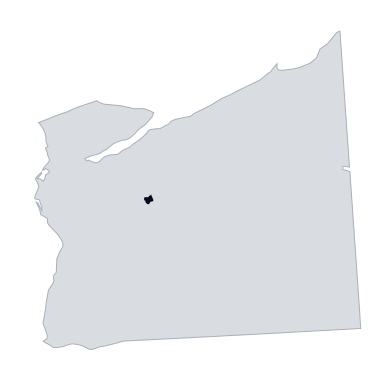 Markz Al Minya, Al Minya, Egypt (highlighted), rotated 266°
{"feature_id": "37247803B71676379887746", "entity_name": "Markz Al Minya", "entity_type": "district", "adm_level": 2, "iso_a3": "EGY", "parent_name": "Egypt", "parent_adm1": "Al Minya", "projection": "equal_earth", "projection_center": [30.728, 28.101], "detail": "fine", "context": "in_parent", "style": "filled", "palette": "ink", "viewbox_px": 384, "rotation_deg": 266, "n_neighbors": 0, "source": "geoboundaries", "source_scale": "gbopen_adm2", "svg_char_len": 5502}
<svg xmlns="http://www.w3.org/2000/svg" viewBox="0 0 384 384"><g transform="rotate(266 192 192)"><path d="M342.1,350.8L333.8,350.8L325.6,350.8L317.4,350.8L309.2,350.8L300.9,350.8L292.7,350.8L284.5,350.8L276.3,350.8L268.1,350.8L259.8,350.8L251.6,350.8L243.4,350.8L235.2,350.8L227.0,350.8L218.7,350.8L210.5,350.8L205.8,350.8L206.6,347.9L207.1,345.7L206.6,344.3L205.0,343.9L203.9,344.4L201.5,350.6L200.2,350.9L197.3,350.9L187.7,350.9L178.1,350.9L168.6,350.9L159.0,350.9L149.4,350.9L139.8,350.9L130.3,350.9L120.7,350.9L111.1,350.9L101.5,350.9L92.0,350.9L82.4,350.9L72.8,350.9L63.3,350.9L53.7,350.8L44.1,350.8L44.2,343.3L44.3,335.8L44.4,328.2L44.5,320.7L44.7,313.2L44.8,305.7L44.9,298.2L45.0,290.7L45.1,283.2L45.2,275.7L45.3,268.2L45.5,260.8L45.6,253.3L45.7,245.9L45.8,238.4L45.9,231.0L46.1,223.5L46.2,216.1L46.3,208.7L46.4,201.3L46.6,193.9L46.7,186.5L46.8,179.1L47.0,171.7L47.1,164.4L47.2,157.0L47.4,149.7L47.5,142.3L47.6,135.0L47.8,127.6L47.9,120.3L48.0,113.0L47.8,111.7L46.6,106.7L45.5,100.4L44.3,92.7L44.2,90.2L42.1,82.2L41.9,80.0L42.5,78.4L46.3,71.7L47.5,68.4L48.5,64.5L48.9,61.4L47.9,56.5L46.7,52.2L46.4,47.8L46.3,43.4L48.3,40.4L50.5,37.6L51.4,35.9L52.8,34.0L53.7,33.1L55.5,37.0L59.2,37.7L71.6,34.2L85.1,37.7L92.6,39.0L104.2,42.0L111.1,47.3L113.1,48.0L118.1,47.9L121.4,51.0L134.6,52.5L141.7,56.0L145.7,58.8L148.1,59.6L150.2,59.5L153.1,58.5L156.7,56.5L160.7,53.8L168.9,46.9L171.7,45.6L173.6,45.9L175.9,45.9L176.9,44.0L178.1,42.7L178.9,41.2L180.1,39.5L184.3,39.0L192.8,35.9L191.9,37.4L184.1,40.8L187.5,41.2L190.9,40.0L194.7,39.3L195.4,37.9L195.9,35.2L196.7,34.8L199.4,35.3L207.3,39.4L209.3,39.5L214.9,37.2L216.1,36.8L217.9,38.0L222.1,43.2L220.7,43.1L216.2,38.7L215.8,40.9L213.3,44.8L216.5,46.4L219.0,47.1L220.4,49.2L221.3,51.2L223.8,50.3L225.7,47.7L224.7,46.2L224.1,44.7L224.9,44.7L226.6,45.9L231.7,50.9L233.4,52.0L235.4,51.8L239.5,50.4L240.6,50.6L246.1,48.8L246.8,50.1L247.7,51.5L252.1,50.0L259.1,50.0L264.8,48.3L271.4,44.4L271.9,43.8L272.2,44.8L273.1,47.5L275.2,54.3L277.0,59.7L279.2,67.2L279.9,70.1L280.3,72.0L283.5,80.3L285.4,87.0L286.9,92.6L288.9,100.6L289.8,103.4L288.4,104.9L285.8,110.1L283.1,126.8L279.1,139.9L278.7,148.1L278.1,151.1L276.1,155.2L273.8,159.3L269.5,157.2L262.4,150.0L258.3,143.2L253.9,138.8L249.7,133.0L248.6,128.9L248.6,126.2L246.7,119.6L245.4,116.6L240.3,109.6L238.9,105.9L237.8,104.3L236.6,102.0L234.8,93.0L232.8,87.3L230.5,88.9L230.9,91.3L229.0,94.6L227.8,98.4L228.7,101.6L232.9,106.4L233.7,108.5L234.7,113.0L234.6,119.2L235.2,121.3L238.3,125.9L239.5,128.6L240.1,131.0L241.2,133.1L244.2,137.1L248.7,144.8L252.9,149.9L255.9,152.4L257.2,154.9L257.6,161.4L257.4,164.4L260.1,170.2L261.1,173.2L263.7,175.6L264.9,178.3L266.0,182.8L267.7,195.9L270.0,199.2L277.1,216.6L283.0,227.6L285.9,235.8L290.3,245.8L299.1,267.9L304.2,274.8L306.3,278.6L309.9,281.6L314.0,285.8L310.2,285.4L309.2,285.7L307.9,286.4L307.3,289.0L307.1,291.1L307.7,302.4L308.8,308.1L312.3,319.0L314.8,322.2L316.0,324.3L317.7,325.9L325.7,329.6L330.4,337.5L341.0,347.4L342.0,350.2L342.1,350.8Z" fill="#d9dde1" stroke="#a8b0b8" stroke-width="1"/><path d="M188.6,147.5L188.6,147.4L188.6,147.2L188.5,146.8L188.5,146.7L188.4,146.6L188.4,146.4L188.4,146.2L188.4,145.8L188.4,145.7L188.5,145.6L188.6,145.4L188.8,145.2L188.9,144.9L189.0,144.8L189.0,144.7L188.8,144.8L188.7,144.8L188.5,145.0L188.4,145.2L188.5,144.5L188.4,144.5L188.2,144.6L188.1,144.8L188.1,144.7L187.9,144.5L187.6,144.5L187.6,144.9L187.5,145.0L187.4,145.1L187.4,145.3L187.4,145.5L187.2,145.8L187.2,145.7L186.8,145.5L186.7,145.5L186.4,145.6L186.2,145.7L185.9,145.6L185.7,145.7L185.6,145.8L185.4,145.8L185.4,145.7L185.2,145.7L185.1,146.1L184.8,146.4L184.6,146.5L184.4,146.6L184.2,146.5L184.0,146.8L183.8,147.0L183.6,147.4L183.6,147.6L183.7,147.8L184.0,148.1L184.1,148.3L184.2,148.5L184.6,148.7L185.0,148.7L185.6,148.6L185.6,148.8L185.8,148.8L185.8,148.7L185.8,148.8L186.0,148.8L186.0,148.7L186.1,148.8L186.1,149.0L185.9,148.9L185.8,149.0L185.7,149.0L185.7,149.3L185.7,149.6L185.8,149.7L186.0,149.7L186.2,149.8L186.2,150.0L186.3,150.1L186.2,150.4L186.2,150.5L186.1,150.4L186.0,150.5L186.1,150.8L186.1,151.0L186.1,151.3L186.2,151.5L186.3,151.6L186.5,151.6L186.6,151.8L186.5,152.0L186.9,152.0L187.0,152.0L187.2,151.9L187.3,151.7L187.4,151.8L187.5,151.9L187.7,151.7L188.2,151.5L188.3,151.4L188.5,151.3L188.8,151.1L189.0,151.1L189.1,151.4L189.3,151.4L189.4,151.2L189.5,151.1L189.8,151.0L190.0,151.0L190.2,150.9L189.9,150.7L190.0,150.6L190.3,150.5L190.6,150.5L190.8,150.5L190.7,150.4L190.5,150.1L190.4,150.0L190.3,149.9L190.2,149.9L190.1,149.7L189.9,149.4L189.7,149.3L189.5,149.2L189.4,149.1L189.4,149.5L189.2,149.5L189.1,149.4L189.0,149.2L188.9,149.1L188.7,149.2L188.4,149.2L188.2,149.1L188.3,149.0L188.3,148.9L188.0,148.4L187.9,148.2L187.8,147.9L187.9,147.7L188.0,147.6L188.3,147.6L188.5,147.5L188.6,147.5ZM191.0,150.4L190.9,150.3L190.8,150.2L190.7,150.1L190.6,149.9L190.4,149.5L190.4,149.4L190.2,149.3L190.1,149.2L189.9,149.0L189.7,148.9L189.6,148.7L189.4,148.4L189.2,148.1L189.1,147.9L189.1,147.0L189.2,146.9L189.3,146.6L189.2,146.4L189.2,146.2L189.2,145.9L189.2,145.7L189.2,145.4L189.3,145.3L189.3,145.1L189.2,144.9L189.1,144.7L189.1,144.8L189.1,145.0L188.9,145.3L188.8,145.5L188.7,145.6L188.6,145.8L188.5,146.1L188.6,146.3L188.6,146.5L188.6,146.8L188.7,147.0L188.8,147.3L188.8,147.5L188.9,147.8L189.0,147.9L189.1,148.1L189.1,148.3L189.2,148.5L189.3,148.8L189.5,148.9L189.5,149.0L189.8,149.2L190.0,149.3L190.3,149.6L190.4,149.8L190.5,149.9L190.5,150.0L190.8,150.2L190.8,150.3L191.0,150.4L191.0,150.4Z" fill="#0f172a" stroke="#020617" stroke-width="1.5"/></g></svg>